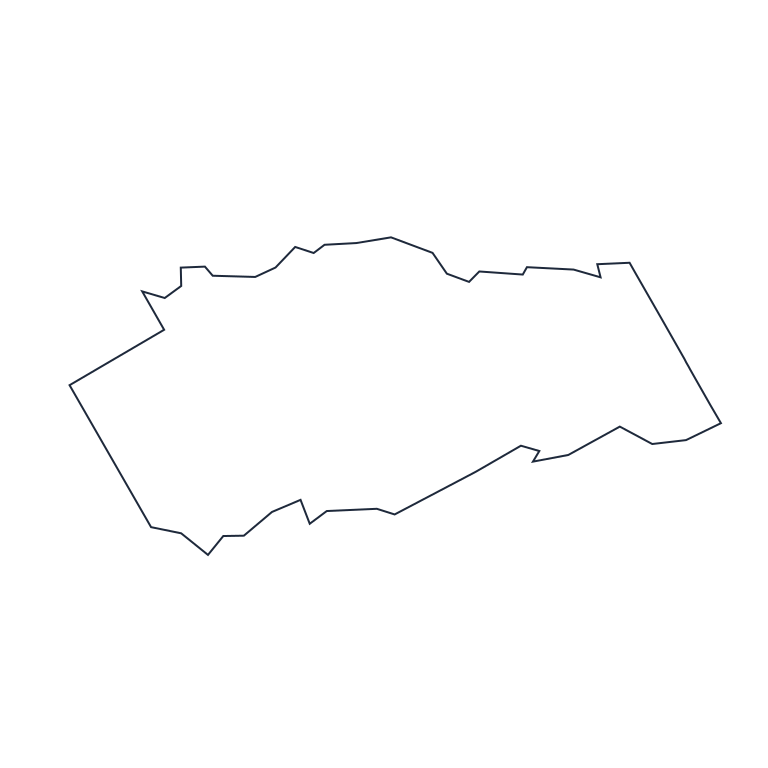 outline of West Carroll, Louisiana, United States of America, rotated 60°
{"feature_id": "52423323B44396431202896", "entity_name": "West Carroll", "entity_type": "district", "adm_level": 2, "iso_a3": "USA", "parent_name": "United States of America", "parent_adm1": "Louisiana", "projection": "orthographic", "projection_center": [-91.444, 32.794], "detail": "fine", "context": "isolated", "style": "outline", "palette": "slate", "viewbox_px": 768, "rotation_deg": 60, "n_neighbors": 0, "source": "geoboundaries", "source_scale": "gbopen_adm2", "svg_char_len": 825}
<svg xmlns="http://www.w3.org/2000/svg" viewBox="0 0 768 768"><g transform="rotate(60 384 384)"><path d="M401.8,110.7L386.9,139.4L399.9,143.1L379.7,162.6L354.3,201.8L358.6,209.1L334.2,245.2L338.1,259.3L319.9,274.4L294.7,276.4L260.5,304.6L248.1,337.5L233.7,365.9L235.4,379.4L220.9,392.4L228.9,419.7L226.9,442.0L204.6,478.2L192.8,480.4L181.6,501.8L197.7,510.6L199.9,530.9L182.9,547.1L227.1,547.3L227.8,656.9L391.5,657.3L411.9,634.3L444.0,621.9L435.3,599.2L445.3,581.2L438.8,545.0L442.6,514.2L467.9,518.2L465.4,497.1L488.5,452.6L502.3,440.0L505.9,348.3L505.9,296.3L519.7,283.0L525.7,293.8L537.6,259.9L538.8,201.1L570.1,181.7L583.6,150.5L586.4,111.8L565.5,111.9L535.6,111.7L524.3,111.6L521.5,111.5L520.1,111.5L516.4,111.5L512.9,111.3L466.4,111.0L413.0,110.8L401.8,110.7Z" fill="none" stroke="#1e293b" stroke-width="2"/></g></svg>